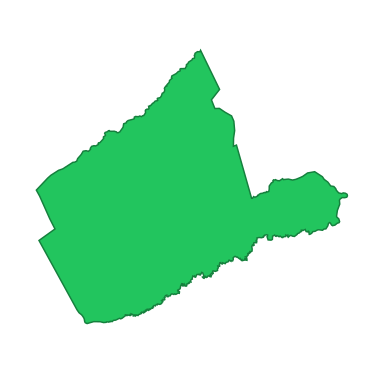 outline of Saladas, Corrientes, Argentina, rotated 186°
{"feature_id": "61730980B15780158540393", "entity_name": "Saladas", "entity_type": "district", "adm_level": 2, "iso_a3": "ARG", "parent_name": "Argentina", "parent_adm1": "Corrientes", "projection": "natural_earth1", "projection_center": [-58.717, -28.241], "detail": "fine", "context": "isolated", "style": "filled", "palette": "green", "viewbox_px": 384, "rotation_deg": 186, "n_neighbors": 0, "source": "geoboundaries", "source_scale": "gbopen_adm2", "svg_char_len": 5967}
<svg xmlns="http://www.w3.org/2000/svg" viewBox="0 0 384 384"><g transform="rotate(186 192 192)"><path d="M347.0,177.6L343.1,172.0L330.7,150.6L324.4,140.9L339.1,127.8L294.1,62.9L291.7,60.1L288.9,58.3L287.4,56.7L286.0,54.8L285.1,51.7L284.4,50.8L282.6,50.2L276.2,52.8L269.7,53.4L266.3,52.9L263.7,53.4L263.2,54.0L261.0,53.9L260.6,54.5L259.3,54.5L259.1,55.0L257.8,54.8L256.7,56.1L254.5,56.6L251.0,58.8L249.7,58.4L248.5,59.0L245.3,62.0L245.4,62.9L244.7,63.0L244.2,62.3L243.6,62.3L243.1,63.0L241.0,62.7L240.8,63.7L240.1,63.7L240.0,63.1L239.1,63.8L239.4,64.3L237.9,63.9L237.5,63.6L237.6,62.7L236.9,62.6L236.4,62.8L236.6,63.4L236.2,63.8L235.6,63.8L235.1,62.9L234.2,63.9L232.8,63.5L232.3,64.4L229.6,65.9L229.3,66.6L229.9,66.9L229.5,67.3L228.1,67.2L227.5,66.7L226.9,67.2L227.1,68.1L226.1,67.9L225.6,68.4L225.9,69.1L225.2,69.1L225.3,69.7L224.5,69.5L224.1,70.0L224.4,70.6L223.4,70.9L222.9,69.8L221.8,70.5L221.7,71.3L220.9,71.2L220.0,72.4L219.0,72.3L219.0,73.1L218.4,73.5L218.8,74.1L217.8,75.2L216.5,74.9L215.8,76.3L215.2,76.6L214.7,76.3L214.5,77.0L212.2,76.9L211.0,77.6L210.2,78.7L210.2,79.9L209.6,79.9L209.5,80.6L210.6,81.1L209.8,81.5L209.7,82.1L208.0,81.9L207.8,82.4L208.5,84.1L207.8,84.4L208.0,85.2L207.5,86.2L206.3,86.8L206.0,85.4L204.9,85.3L204.5,86.1L202.8,86.5L202.3,87.9L201.3,88.6L199.3,88.2L198.6,88.9L197.4,88.5L195.3,90.0L194.1,89.9L194.0,91.4L194.9,92.2L195.4,91.8L196.0,92.1L196.0,92.9L193.7,94.5L193.4,97.9L192.8,98.0L192.5,98.5L192.8,99.2L192.6,99.8L191.4,99.8L190.9,99.3L191.9,98.3L191.6,97.7L189.8,97.9L189.6,99.1L188.9,97.9L188.1,97.7L187.5,98.1L187.4,100.1L185.7,100.6L185.3,101.0L185.8,101.3L185.0,102.2L183.6,102.3L184.1,103.8L183.6,105.0L182.6,105.4L182.8,106.0L182.4,108.5L181.2,108.1L180.7,108.7L180.0,107.6L179.5,107.7L178.6,110.4L175.9,111.0L176.0,110.4L174.9,110.4L173.9,113.1L172.9,112.7L171.5,109.8L171.6,109.1L172.7,108.5L171.7,107.6L171.0,107.4L170.2,108.5L170.8,108.9L171.0,109.6L169.6,109.4L169.5,108.8L168.8,108.5L168.1,108.8L167.2,110.3L165.8,110.3L165.5,110.8L165.1,110.5L165.4,109.8L164.3,109.6L163.9,111.2L165.1,111.7L163.9,113.4L163.4,113.4L163.0,112.7L162.4,113.3L163.2,115.3L162.7,115.8L160.4,115.5L158.4,116.6L158.6,118.4L158.1,118.9L158.0,119.6L158.6,121.1L156.8,121.0L156.9,122.5L157.3,123.1L156.8,123.7L156.9,124.6L156.4,124.8L154.8,123.6L154.2,123.6L153.9,124.2L154.1,124.8L151.5,124.2L150.8,125.5L148.7,126.4L148.3,127.0L148.3,127.9L147.7,128.1L146.0,127.2L145.9,127.8L144.4,127.7L143.9,129.3L144.2,130.9L142.9,132.3L142.3,132.5L141.0,131.9L140.3,132.1L137.6,130.4L137.1,130.9L136.3,129.7L135.4,130.0L135.5,129.1L135.0,128.9L132.8,129.7L132.5,131.0L131.6,129.9L130.2,129.8L130.2,130.4L131.3,131.5L130.6,132.0L131.1,132.5L131.0,133.2L131.6,133.3L130.4,134.0L129.6,135.2L130.1,136.5L129.6,137.0L129.0,136.6L128.0,137.6L128.5,138.1L128.2,138.8L127.4,138.5L126.1,139.5L126.2,141.6L126.9,144.2L126.4,144.8L126.3,145.7L125.7,145.9L125.3,145.2L124.7,145.6L125.3,147.4L125.1,148.1L122.5,148.3L122.4,149.8L123.0,149.7L123.2,150.3L122.4,151.8L122.5,153.2L120.3,153.8L118.0,153.8L116.3,154.5L116.5,155.1L116.2,155.6L115.3,155.9L115.3,156.6L113.3,157.3L112.3,157.1L112.3,155.9L112.7,155.4L111.3,152.3L108.3,152.4L107.1,153.2L107.2,156.5L105.3,157.8L104.2,156.7L103.6,156.7L103.3,157.4L102.8,157.5L100.7,156.6L99.8,157.4L97.6,156.1L96.8,156.3L96.6,157.0L94.3,157.5L94.1,158.9L93.5,158.4L92.3,159.1L92.2,157.9L91.6,157.1L90.2,158.7L89.0,159.2L87.5,158.6L85.5,158.5L83.0,160.8L82.8,161.6L81.0,162.5L79.9,163.9L79.4,163.9L79.1,164.5L79.3,165.4L78.4,165.6L77.8,165.2L75.5,166.6L74.4,164.6L72.6,164.4L72.3,165.2L71.7,165.0L71.0,162.1L70.4,162.2L68.7,163.4L67.7,165.2L65.5,165.8L63.2,167.4L61.9,167.7L58.2,167.6L56.8,169.0L55.0,169.3L53.4,172.5L53.0,175.0L52.0,176.0L51.3,175.7L49.7,173.7L48.7,173.2L46.4,174.0L44.3,176.1L42.5,176.9L42.1,178.0L43.2,180.6L45.3,182.2L45.7,183.0L45.5,188.8L43.8,195.4L44.5,199.1L44.2,200.2L42.2,202.1L39.5,202.3L37.6,203.0L37.0,204.4L37.5,205.9L39.3,206.8L41.5,206.9L43.1,206.0L46.1,206.5L48.6,208.8L49.5,210.5L51.5,212.3L54.7,212.5L57.9,216.0L61.9,218.4L63.9,220.8L72.1,225.0L79.1,223.0L83.5,219.1L86.2,217.5L89.9,215.5L93.2,214.4L97.5,214.9L102.4,213.9L103.3,214.7L106.2,212.3L108.2,212.3L110.4,213.0L110.9,212.5L112.2,212.6L112.7,211.6L112.3,211.1L112.6,210.3L114.0,209.3L115.8,206.0L115.5,202.7L115.7,200.5L117.5,199.8L118.1,200.1L118.4,199.3L119.0,199.0L120.0,199.1L122.0,198.0L123.4,197.8L124.9,196.8L125.7,195.6L126.3,195.6L126.5,194.7L128.9,193.3L130.2,193.9L131.2,192.1L132.1,192.0L152.7,243.3L155.6,241.8L156.3,249.9L156.0,257.5L157.8,266.8L160.6,271.8L167.5,274.8L173.5,278.0L178.0,277.4L182.3,285.7L175.3,296.9L198.3,333.8L198.8,332.3L201.3,332.1L203.5,330.2L203.5,328.7L204.0,328.2L203.5,326.9L203.6,325.3L205.4,324.7L205.8,323.4L209.0,320.8L209.5,319.2L210.8,318.2L210.9,317.3L210.4,316.7L211.3,315.4L211.6,314.1L216.1,313.5L216.8,312.9L216.4,311.4L216.8,310.9L218.2,310.4L220.1,308.1L224.2,305.3L224.4,303.7L223.8,303.0L226.0,300.6L226.1,298.7L228.1,296.1L228.2,294.7L228.9,294.8L230.0,293.0L230.3,292.2L229.8,290.8L229.9,289.3L230.6,287.9L231.9,287.1L232.6,284.0L233.6,282.5L236.1,281.6L236.3,281.0L235.6,279.7L236.0,279.2L238.1,278.6L239.6,276.5L240.5,276.1L241.9,273.9L242.9,273.5L243.0,272.8L244.1,272.7L243.5,270.4L244.3,269.6L245.3,269.8L246.7,268.8L246.9,268.1L246.5,265.8L248.0,263.0L249.0,262.7L250.1,261.7L251.9,262.1L253.2,261.3L256.1,261.2L257.2,260.4L257.1,258.9L258.0,258.3L263.0,256.4L264.4,255.1L264.5,254.0L267.1,252.7L267.3,249.2L270.1,244.2L271.6,243.3L272.8,243.2L273.5,243.9L275.7,244.3L278.9,243.9L280.3,243.9L280.6,244.4L281.6,244.2L282.1,243.3L284.6,242.1L285.0,241.2L284.0,239.5L284.2,238.9L285.8,237.6L285.8,236.9L285.4,236.4L286.2,234.9L288.8,231.4L290.1,231.1L290.4,230.4L290.0,229.8L290.3,229.3L292.7,227.7L294.3,227.8L296.6,226.9L297.7,224.8L297.4,223.8L299.2,221.6L301.7,222.0L304.5,221.2L306.1,217.7L309.2,213.3L309.9,210.6L312.0,209.3L313.5,209.1L323.1,201.4L327.0,199.6L334.1,193.9L337.0,190.7L347.0,177.6Z" fill="#22c55e" stroke="#15803d" stroke-width="1.5"/></g></svg>